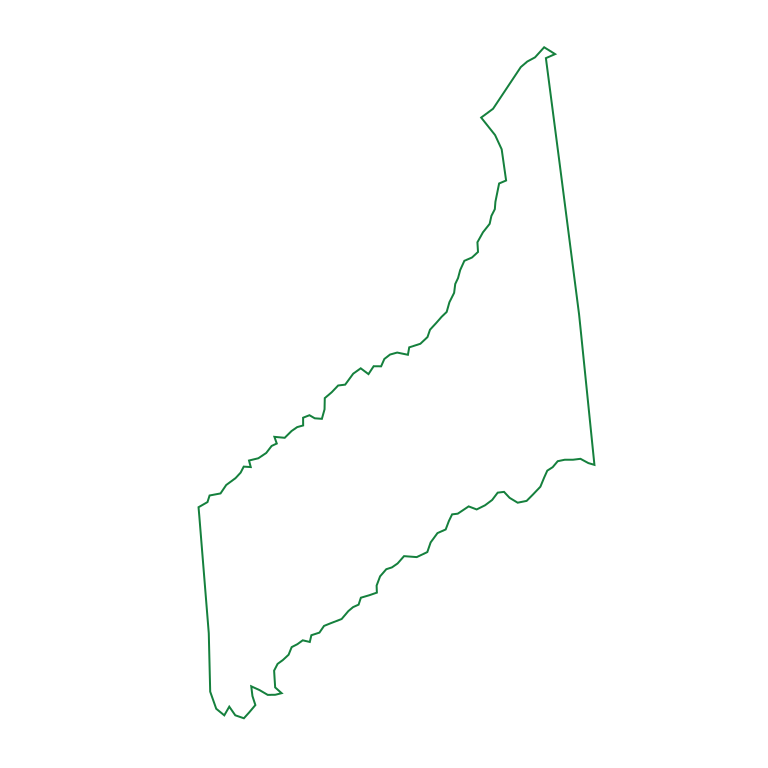 Rancho Alegre D'Oeste, Paraná, Brazil (Natural Earth projection), rotated 353°
{"feature_id": "56859067B11578412719697", "entity_name": "Rancho Alegre D'Oeste", "entity_type": "district", "adm_level": 2, "iso_a3": "BRA", "parent_name": "Brazil", "parent_adm1": "Paraná", "projection": "natural_earth1", "projection_center": [-52.974, -24.27], "detail": "fine", "context": "isolated", "style": "outline", "palette": "green", "viewbox_px": 768, "rotation_deg": 353, "n_neighbors": 0, "source": "geoboundaries", "source_scale": "gbopen_adm2", "svg_char_len": 1912}
<svg xmlns="http://www.w3.org/2000/svg" viewBox="0 0 768 768"><g transform="rotate(353 384 384)"><path d="M311.1,409.6L306.2,405.9L299.6,407.6L298.7,415.3L292.6,416.2L286.5,419.4L278.9,425.3L268.8,423.1L270.3,430.0L264.9,431.8L258.7,438.1L250.2,442.4L240.7,443.5L241.6,450.2L234.7,448.9L230.9,454.5L225.2,459.3L215.1,465.0L208.4,472.7L197.3,473.4L194.4,479.7L184.9,483.7L184.6,492.2L179.7,610.1L174.0,668.2L177.9,685.9L185.1,693.4L191.1,685.4L196.0,694.7L204.2,698.7L210.2,693.5L217.2,687.0L215.4,677.7L215.4,667.9L223.1,672.6L230.7,678.4L238.3,679.2L244.7,678.4L239.0,671.9L239.5,663.2L240.0,655.1L244.3,648.8L249.9,645.7L256.3,641.1L260.3,633.9L266.3,631.7L272.1,628.5L278.9,631.0L281.3,624.5L289.6,622.9L295.0,616.8L302.1,614.9L313.3,612.1L321.0,605.0L326.1,601.7L331.9,599.9L335.0,593.3L343.5,591.9L351.5,590.2L352.1,583.2L356.7,574.4L363.7,568.1L369.5,567.0L375.6,563.8L382.9,557.3L395.4,559.8L406.5,556.1L411.0,546.9L418.9,538.5L427.5,535.9L431.7,527.9L435.7,521.7L441.4,521.7L453.1,515.8L460.7,519.8L469.5,516.7L477.2,512.3L483.6,505.7L490.0,505.7L494.8,512.3L502.2,518.1L511.3,517.4L518.3,511.9L526.7,505.0L531.5,496.5L535.5,489.9L541.3,487.1L547.0,481.8L554.1,481.2L562.3,482.2L569.9,482.2L577.2,487.4L583.0,489.9L585.8,354.7L586.1,338.7L585.2,187.6L584.4,80.3L594.0,77.4L584.0,69.3L573.7,78.2L565.5,81.4L558.4,86.1L525.8,124.1L512.9,131.4L524.6,150.5L529.4,165.4L530.0,196.9L522.7,199.0L519.6,208.3L516.8,216.7L515.3,224.0L511.1,230.2L508.4,237.9L500.7,245.5L494.0,254.7L493.4,264.4L486.7,269.2L478.8,271.5L473.5,280.2L470.4,287.9L466.9,293.4L464.7,302.1L458.9,310.8L455.0,320.1L449.4,324.3L443.6,329.5L436.3,335.7L432.9,342.7L425.0,348.5L413.5,350.7L411.3,357.9L400.9,354.4L393.6,355.5L387.4,359.2L383.3,366.1L375.9,365.1L369.8,372.3L362.8,365.6L354.7,370.0L345.4,379.9L338.3,379.9L331.1,385.8L323.5,390.8L321.9,401.9L318.1,411.0L311.1,409.6Z" fill="none" stroke="#15803d" stroke-width="2"/></g></svg>